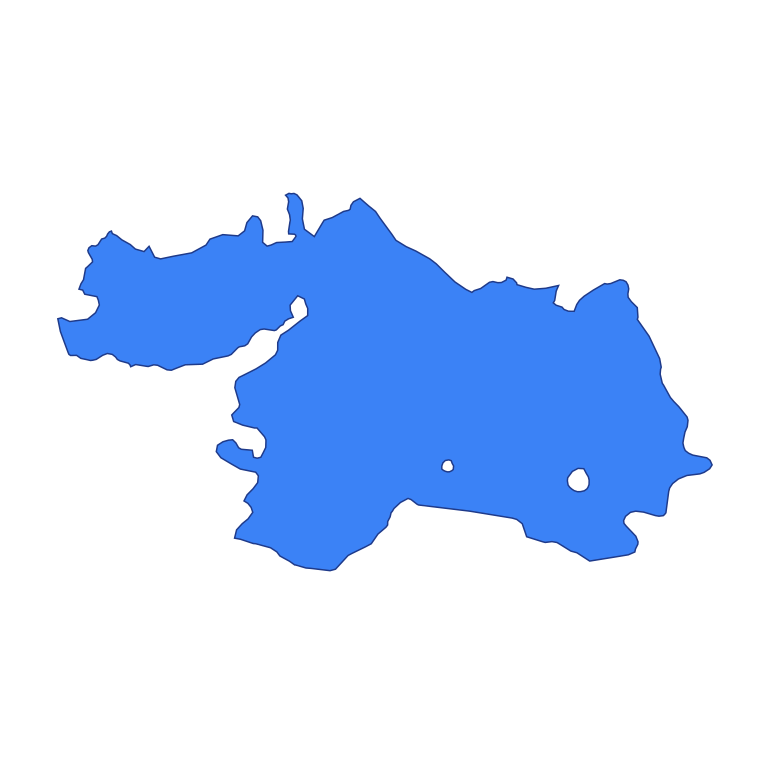 Aru, Orientale, Democratic Republic of the Congo, rotated 83°
{"feature_id": "63176286B14719092717616", "entity_name": "Aru", "entity_type": "district", "adm_level": 2, "iso_a3": "COD", "parent_name": "Democratic Republic of the Congo", "parent_adm1": "Orientale", "projection": "orthographic", "projection_center": [30.488, 3.028], "detail": "fine", "context": "isolated", "style": "filled", "palette": "blue", "viewbox_px": 768, "rotation_deg": 83, "n_neighbors": 0, "source": "geoboundaries", "source_scale": "gbopen_adm2", "svg_char_len": 5492}
<svg xmlns="http://www.w3.org/2000/svg" viewBox="0 0 768 768"><g transform="rotate(83 384 384)"><path d="M518.8,551.1L520.6,545.4L526.4,533.2L526.9,530.8L532.7,516.6L537.6,510.8L542.0,508.3L544.6,504.7L548.3,499.5L552.7,494.7L552.7,494.2L557.1,483.9L558.1,479.0L562.7,460.3L561.9,454.7L552.7,443.9L550.7,441.6L549.8,440.5L548.3,436.6L543.4,422.4L541.0,416.1L532.2,408.3L526.4,399.5L524.4,397.6L521.0,397.1L516.6,394.1L512.7,392.7L511.3,391.2L508.8,389.3L503.5,382.0L503.5,381.9L500.5,374.1L502.0,371.2L507.4,365.8L508.3,364.4L520.6,314.6L532.7,273.1L534.6,268.7L539.5,263.8L553.0,261.0L559.9,245.8L560.9,243.3L560.9,240.5L560.9,236.5L562.4,231.6L564.3,229.2L572.6,218.9L575.0,213.1L584.8,201.4L583.8,174.5L583.3,162.3L581.3,155.5L578.4,154.5L574.0,151.6L571.6,151.1L565.8,152.6L554.6,160.9L551.6,162.8L548.7,162.8L544.8,160.4L544.6,160.1L541.4,155.0L540.9,149.7L542.8,141.9L547.7,130.6L548.7,127.2L548.7,122.8L547.7,121.4L546.2,119.9L525.3,114.5L521.9,113.1L518.0,109.7L514.1,103.3L511.7,94.5L511.7,81.8L511.7,81.4L510.7,77.0L507.8,71.1L504.3,68.2L499.5,69.7L496.6,72.6L492.2,86.2L489.8,90.1L486.8,93.1L483.4,94.1L479.0,94.5L474.2,93.1L468.3,91.1L463.4,88.2L457.1,86.7L453.7,87.2L442.5,94.1L436.7,98.5L432.3,101.4L419.1,106.7L417.2,107.7L407.9,108.7L403.1,107.7L401.1,106.8L392.4,107.3L368.8,115.1L350.8,124.7L349.1,124.0L348.6,123.8L339.0,123.3L332.4,128.5L328.8,130.5L327.8,131.1L325.5,131.0L324.4,131.0L319.4,129.5L315.5,129.8L312.0,131.3L310.2,133.9L309.6,136.2L309.3,137.2L311.9,146.7L312.0,149.8L312.0,150.4L311.6,151.5L311.2,152.8L316.3,164.8L321.2,174.6L324.8,179.8L325.1,180.0L328.6,183.0L335.0,186.4L334.5,190.2L334.2,192.1L333.5,193.4L332.0,196.2L330.5,197.2L329.4,197.9L326.8,203.5L324.1,206.1L323.3,205.5L321.9,204.4L316.4,202.8L312.9,201.8L311.6,201.1L307.5,198.7L308.7,211.7L308.2,223.3L305.4,231.2L301.6,239.9L300.3,240.0L299.6,240.1L299.0,240.6L295.5,243.1L293.0,248.9L294.4,249.5L295.8,250.2L297.3,254.3L297.6,255.1L297.3,258.7L295.6,263.4L295.8,265.8L295.9,266.9L296.2,267.5L301.0,276.4L302.3,283.1L303.2,284.6L303.8,285.6L300.1,291.2L291.4,301.1L280.5,310.1L271.1,317.5L265.3,323.4L262.0,327.9L255.9,336.2L250.4,345.2L242.9,354.6L240.2,356.0L236.5,357.9L219.0,367.7L211.7,371.4L205.0,377.9L196.8,385.2L197.4,386.8L199.1,391.3L199.4,392.1L202.6,395.0L206.4,396.3L207.3,398.0L207.8,403.1L211.1,411.5L212.5,415.1L213.3,419.2L214.1,423.4L216.3,425.2L229.2,435.2L220.7,444.1L210.1,444.9L199.9,442.8L192.1,443.3L185.7,447.3L183.9,450.1L183.9,452.9L183.2,455.1L184.6,458.7L187.7,456.6L190.3,456.5L191.4,456.4L198.6,458.6L200.4,458.1L204.5,457.1L209.7,457.0L210.2,457.1L212.0,457.7L220.9,460.2L223.4,460.3L223.5,459.8L224.4,454.6L225.5,453.5L226.8,453.4L231.4,457.7L231.1,464.8L230.5,473.4L232.3,479.1L232.9,483.2L228.6,487.2L216.6,485.4L206.9,486.5L202.7,489.0L201.1,494.0L207.1,500.4L215.0,503.7L219.2,510.7L216.1,525.8L219.0,539.1L224.4,543.7L230.4,558.9L231.5,577.3L232.6,590.5L230.2,596.2L218.7,600.4L223.3,606.0L219.8,614.3L214.7,618.8L209.0,626.6L204.1,631.3L202.6,633.8L201.6,635.3L200.4,635.6L199.0,635.9L199.5,638.0L201.4,640.0L203.7,641.4L204.4,642.4L205.2,643.4L205.4,644.9L205.7,646.6L210.9,650.9L212.0,653.5L211.1,657.2L212.8,660.2L215.4,661.7L217.5,661.4L220.4,660.2L224.7,658.4L227.3,658.4L231.7,664.3L232.0,664.8L232.9,666.1L233.3,666.2L243.4,669.4L243.7,669.4L246.8,671.9L247.5,672.5L252.7,675.2L254.1,671.6L258.4,670.1L262.3,658.3L266.1,657.3L270.9,656.9L278.1,661.6L283.6,670.3L283.7,688.2L279.0,696.0L279.5,699.8L292.4,698.8L303.6,696.2L314.2,693.7L316.2,693.1L317.5,691.6L318.1,685.6L321.6,681.8L323.6,676.0L324.9,672.4L324.9,670.0L324.8,669.3L324.5,666.6L321.2,659.7L320.0,654.9L320.7,652.6L321.5,650.1L323.8,647.8L324.4,647.2L325.2,646.7L327.1,645.7L328.9,643.2L332.2,635.2L333.0,634.6L333.8,633.9L334.9,633.6L336.0,633.3L334.4,628.1L337.7,616.8L337.7,616.5L337.9,616.0L336.9,610.2L337.8,606.4L338.6,605.2L343.5,597.6L344.0,595.3L344.4,593.4L344.1,592.1L343.9,591.5L342.9,587.7L340.7,578.9L342.2,561.6L338.3,550.4L337.1,535.4L336.0,532.0L330.3,524.8L329.7,523.6L329.4,522.8L329.3,520.1L329.1,517.5L327.5,514.4L324.8,512.4L321.1,509.7L317.6,505.5L315.8,502.0L314.9,500.2L314.8,496.3L317.6,486.3L317.2,484.3L315.7,482.4L313.7,479.8L313.4,478.8L312.8,476.9L309.5,474.8L307.8,471.0L307.7,471.0L306.7,465.9L300.0,467.9L299.1,467.9L294.3,467.6L285.9,458.9L289.9,452.7L295.0,451.9L299.7,450.5L306.8,451.4L311.2,459.5L316.2,467.7L319.0,472.3L322.9,480.4L329.8,484.4L337.5,485.4L341.8,488.2L348.7,499.0L353.4,509.2L356.9,518.9L359.8,527.1L363.3,530.8L369.5,532.5L386.8,529.7L389.7,530.9L394.2,536.5L396.2,538.9L402.9,537.8L407.6,529.3L411.9,517.8L412.2,515.4L413.1,514.8L421.8,509.0L425.0,508.0L426.8,508.2L432.6,509.1L437.5,512.3L441.7,515.2L442.2,518.9L440.8,522.4L437.9,522.6L433.7,522.8L431.4,533.6L429.5,536.1L424.4,538.2L420.9,541.0L420.8,545.2L421.7,550.9L424.5,556.7L430.7,558.7L437.3,554.9L444.8,545.2L450.9,537.0L455.9,522.1L459.8,519.9L466.5,521.4L472.0,526.7L477.3,533.4L483.0,537.2L485.9,533.6L490.3,530.9L495.4,529.9L499.2,533.4L501.3,535.3L505.4,541.8L510.8,548.1L518.8,551.1ZM491.4,201.7L492.4,196.0L497.4,194.1L501.0,192.5L504.4,192.1L508.7,192.7L511.4,194.1L512.9,195.4L514.4,198.2L514.8,202.0L514.5,205.1L513.0,208.3L511.1,210.5L509.1,212.3L506.7,213.6L502.4,213.8L499.4,213.1L493.7,207.7L491.4,201.7ZM471.1,326.0L473.8,324.9L477.3,325.7L478.3,327.2L479.1,329.6L479.0,331.6L478.1,333.8L477.0,335.5L475.4,337.0L472.4,336.6L469.4,335.1L467.4,332.5L467.2,328.9L468.3,326.6L471.1,326.0Z" fill="#3b82f6" stroke="#1e3a8a" stroke-width="1.5"/></g></svg>